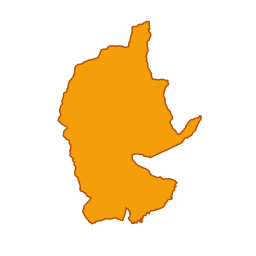 Iruya, Salta, Argentina (orthographic projection), rotated 69°
{"feature_id": "61730980B58435423783603", "entity_name": "Iruya", "entity_type": "district", "adm_level": 2, "iso_a3": "ARG", "parent_name": "Argentina", "parent_adm1": "Salta", "projection": "orthographic", "projection_center": [-64.795, -22.777], "detail": "fine", "context": "isolated", "style": "filled", "palette": "amber", "viewbox_px": 256, "rotation_deg": 69, "n_neighbors": 0, "source": "geoboundaries", "source_scale": "gbopen_adm2", "svg_char_len": 5857}
<svg xmlns="http://www.w3.org/2000/svg" viewBox="0 0 256 256"><g transform="rotate(69 128 128)"><path d="M199.9,104.4L199.4,104.0L197.7,104.2L197.3,103.7L196.9,102.3L196.7,102.1L194.4,102.7L193.8,103.6L191.9,105.2L190.3,107.5L188.4,113.3L186.6,114.7L185.4,115.1L185.1,115.6L185.2,116.5L185.1,117.2L184.3,119.1L182.9,120.2L181.7,121.8L180.3,123.3L179.3,123.6L178.9,123.3L177.6,124.2L176.6,123.7L175.2,124.0L172.6,125.9L167.9,130.9L165.8,132.7L162.3,134.0L158.3,135.2L154.5,133.6L154.8,132.4L154.7,131.7L154.9,130.3L155.5,128.1L156.7,126.8L157.7,124.3L158.2,123.7L158.9,123.4L159.6,123.4L160.7,122.1L162.0,119.4L163.6,117.8L161.0,82.5L159.8,81.5L159.3,80.4L158.1,79.2L157.9,78.6L157.9,77.3L158.5,76.4L157.7,73.3L157.6,71.7L157.0,70.5L155.5,69.0L155.2,67.9L154.8,67.4L154.7,66.3L153.5,64.9L151.8,64.1L151.3,62.9L150.7,62.4L149.8,62.0L148.4,60.4L148.2,59.7L147.2,58.9L146.0,57.0L144.5,55.9L143.2,55.8L142.6,56.0L142.4,56.5L142.9,57.5L143.5,58.1L143.5,60.0L143.1,62.1L143.3,64.7L142.9,65.9L143.1,67.0L144.6,70.0L145.7,71.1L146.8,73.2L148.1,74.1L148.8,75.0L149.0,75.6L150.0,76.9L151.1,79.8L152.2,81.1L151.7,83.1L151.0,84.1L147.5,84.7L144.9,86.3L144.1,86.6L141.7,86.1L139.7,86.9L137.4,86.5L136.2,85.7L135.7,84.4L135.7,83.9L135.4,83.4L134.0,82.5L133.3,82.7L131.8,82.6L130.8,83.0L127.8,82.6L126.3,83.1L125.3,83.9L120.6,84.3L120.2,84.5L118.8,84.4L116.8,84.0L113.7,82.9L112.9,83.2L110.4,83.2L109.9,83.0L108.3,82.0L108.0,81.6L106.9,81.1L106.2,80.4L104.5,79.5L103.6,78.1L102.4,76.8L102.4,75.6L101.6,74.4L99.9,74.3L99.1,74.5L98.1,73.8L97.6,74.1L97.5,75.2L97.0,75.9L95.7,77.0L95.6,77.6L94.6,79.1L94.1,80.9L94.2,81.7L93.8,82.8L93.5,82.9L91.1,87.4L88.6,87.8L87.9,87.3L86.6,87.1L85.5,86.7L84.8,86.7L78.1,87.8L74.7,86.5L73.4,86.4L72.6,86.6L71.1,86.5L70.5,85.9L69.9,85.9L69.2,85.2L68.4,85.3L68.0,85.6L67.5,85.6L67.1,85.3L66.8,84.6L65.7,83.7L65.0,83.8L64.6,83.6L63.8,82.1L62.5,81.3L61.6,81.0L60.4,81.0L57.9,80.5L56.4,79.7L54.8,79.3L54.2,78.7L53.8,78.1L53.8,77.5L53.2,76.5L52.7,76.3L50.9,74.5L49.2,73.2L48.3,73.4L47.7,73.7L47.1,73.1L45.4,73.9L44.5,73.5L43.7,73.9L43.5,73.7L43.5,72.5L42.9,72.0L41.9,72.2L41.2,71.6L36.1,70.2L36.0,71.0L35.1,72.9L35.6,73.6L35.6,74.0L35.4,75.4L36.2,76.7L35.3,81.0L36.2,82.4L36.4,83.2L36.4,83.8L35.6,85.1L35.1,86.7L35.1,87.5L35.4,88.0L40.3,89.9L44.9,93.7L46.4,94.0L47.4,94.5L48.8,96.6L51.3,98.0L51.9,97.9L52.1,98.1L52.2,100.6L51.6,102.0L51.0,102.9L49.4,104.4L47.9,107.4L47.5,109.6L45.2,114.6L45.0,116.1L45.3,118.0L46.1,118.4L46.8,119.7L45.7,122.1L45.6,124.2L45.7,125.3L46.7,126.2L49.3,128.1L51.7,131.2L51.2,134.9L51.3,135.5L51.2,137.6L50.6,139.9L50.8,141.5L50.7,144.4L50.7,145.1L51.2,146.3L51.5,148.9L51.5,149.4L51.0,150.9L50.9,152.1L51.2,154.0L51.6,154.9L52.3,155.6L53.5,156.4L57.9,158.4L59.0,159.5L59.8,159.9L61.6,162.6L63.5,166.2L67.0,168.7L68.8,169.4L70.6,171.5L72.0,172.4L72.3,172.9L72.4,174.9L72.8,175.6L73.8,176.1L74.8,176.8L76.0,177.2L76.7,177.7L77.6,178.8L80.0,180.5L81.7,180.4L82.4,180.9L82.9,182.3L84.4,183.8L85.4,184.3L86.8,185.3L87.8,185.8L90.5,185.9L92.1,186.5L92.7,187.1L93.9,189.0L94.7,189.6L95.5,189.7L96.1,190.5L98.0,189.5L98.4,189.5L99.5,188.8L100.3,188.6L101.7,187.7L103.5,185.7L105.3,184.4L105.7,184.3L106.2,184.5L106.6,185.0L106.6,185.6L107.2,187.3L108.2,189.1L112.0,191.1L112.6,191.2L115.1,189.8L116.4,189.7L116.9,189.3L117.6,187.9L118.7,187.3L119.2,187.2L119.8,187.7L121.5,188.3L122.8,188.0L123.2,187.4L123.4,187.4L124.2,187.6L126.1,188.8L127.6,189.2L128.1,190.5L128.4,190.6L129.5,190.4L130.8,190.8L131.6,191.1L132.4,192.0L133.3,192.0L136.7,190.1L137.6,190.6L138.0,191.2L138.8,191.1L139.5,191.2L140.5,190.6L140.8,190.6L141.7,190.8L142.7,191.4L143.2,191.2L144.1,191.3L144.6,190.7L146.5,191.1L146.8,191.5L147.9,191.5L149.1,192.9L150.4,193.6L152.7,194.3L153.2,194.3L154.4,193.8L156.0,192.7L157.3,192.6L158.2,193.1L159.6,193.1L159.8,192.9L160.3,192.8L161.4,193.2L163.7,193.1L165.2,193.7L166.1,193.7L167.7,194.8L168.5,194.9L170.1,194.6L170.7,193.2L172.9,191.9L173.8,190.8L176.5,190.8L176.7,190.5L177.1,190.4L177.4,189.5L178.9,188.7L179.1,188.3L179.4,187.9L180.8,188.4L181.8,189.8L183.0,192.7L184.5,195.4L184.8,196.5L186.5,197.8L187.7,198.3L189.7,200.2L192.2,200.2L192.9,199.9L194.0,199.9L195.5,199.4L196.6,199.4L197.2,198.9L197.9,198.9L200.0,198.0L201.0,198.1L203.7,196.3L204.3,196.3L204.3,194.3L204.1,193.8L204.8,192.9L203.8,191.3L204.1,190.5L204.0,189.9L203.7,189.8L203.6,189.5L203.9,188.8L204.2,188.6L204.0,188.0L204.4,187.8L204.4,187.3L204.8,186.6L204.8,183.6L204.6,182.3L204.9,181.9L204.6,181.3L205.6,179.3L206.9,176.2L207.2,172.0L207.6,171.3L209.3,170.1L211.9,167.3L212.2,165.9L210.0,164.3L208.3,162.4L207.2,161.6L205.0,160.2L204.6,159.8L202.1,158.4L203.1,157.8L203.6,157.2L204.0,157.0L205.2,156.8L205.5,156.6L206.5,156.7L206.9,156.5L207.6,156.8L208.2,156.3L208.9,156.7L209.4,156.7L209.5,157.2L210.8,157.4L211.4,157.8L211.6,158.1L211.8,159.4L212.2,159.9L213.8,159.9L215.2,159.2L216.0,158.6L217.8,158.4L218.4,158.6L218.6,157.5L219.0,156.4L218.0,156.0L218.0,155.8L219.1,155.0L219.6,154.4L219.7,153.6L219.1,153.0L217.9,152.2L217.8,151.7L218.0,151.3L220.0,150.5L220.9,149.5L220.7,148.4L220.1,147.9L219.7,148.0L218.7,148.9L217.3,148.7L217.2,148.3L218.1,147.7L218.1,147.0L217.9,146.8L217.2,146.8L216.6,145.7L215.9,145.7L215.4,145.3L215.3,145.1L215.7,144.7L215.8,144.3L215.6,143.8L215.8,143.1L215.6,142.1L215.1,141.7L214.1,141.3L213.8,140.6L213.7,140.1L215.1,139.7L215.6,139.2L215.5,138.9L214.7,138.4L213.4,136.6L213.4,135.6L214.0,134.8L214.0,134.0L214.4,133.4L214.4,132.8L214.6,131.8L214.4,131.5L214.6,128.6L214.3,127.9L214.7,126.9L214.4,125.6L214.7,124.8L213.8,122.3L212.3,120.8L212.1,120.3L211.8,120.2L211.4,119.2L209.7,117.0L209.3,114.6L209.9,113.8L210.1,113.0L210.0,112.7L209.5,112.1L208.9,111.8L207.7,112.6L207.2,112.6L207.0,111.7L206.6,111.1L204.2,109.6L203.3,108.8L202.8,107.1L202.1,106.8L201.4,106.0L201.0,105.9L200.4,106.3L199.8,106.0L199.6,105.3L199.9,104.4Z" fill="#f59e0b" stroke="#b45309" stroke-width="1.5"/></g></svg>